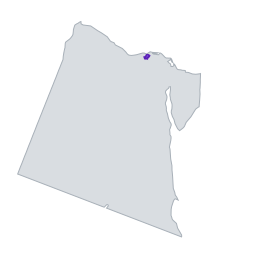 location of Abu Hummus, Al Buhayrah, Egypt, rotated 21°
{"feature_id": "37247803B15817250169024", "entity_name": "Abu Hummus", "entity_type": "district", "adm_level": 2, "iso_a3": "EGY", "parent_name": "Egypt", "parent_adm1": "Al Buhayrah", "projection": "robinson", "projection_center": [30.325, 31.106], "detail": "fine", "context": "in_parent", "style": "filled", "palette": "violet", "viewbox_px": 256, "rotation_deg": 21, "n_neighbors": 0, "source": "geoboundaries", "source_scale": "gbopen_adm2", "svg_char_len": 4190}
<svg xmlns="http://www.w3.org/2000/svg" viewBox="0 0 256 256"><g transform="rotate(21 128 128)"><path d="M217.0,210.5L212.1,210.5L207.3,210.5L202.5,210.5L197.6,210.5L192.8,210.5L187.9,210.5L183.1,210.5L178.2,210.5L173.4,210.5L168.6,210.5L163.7,210.5L158.9,210.5L154.0,210.5L149.2,210.5L144.3,210.5L139.5,210.5L136.7,210.5L137.2,208.9L137.5,207.9L137.2,207.1L136.2,206.9L135.6,207.2L134.2,210.4L133.4,210.5L131.7,210.5L126.1,210.5L120.4,210.5L114.8,210.5L109.1,210.5L103.5,210.5L97.9,210.5L92.2,210.5L86.6,210.5L80.9,210.5L75.3,210.5L69.7,210.5L64.0,210.5L58.4,210.5L52.7,210.5L47.1,210.5L41.5,210.5L41.5,206.6L41.5,202.8L41.6,199.0L41.6,195.1L41.6,191.3L41.7,187.5L41.7,183.6L41.7,179.8L41.8,176.0L41.8,172.1L41.8,168.3L41.9,164.4L41.9,160.6L41.9,156.8L42.0,152.9L42.0,149.1L42.1,145.3L42.1,141.4L42.2,137.6L42.2,133.8L42.3,129.9L42.3,126.1L42.4,122.3L42.4,118.4L42.5,114.6L42.5,110.8L42.6,106.9L42.6,103.1L42.6,99.3L42.7,95.4L42.7,91.6L42.8,87.8L42.7,87.0L41.9,84.4L41.2,81.1L40.5,77.0L40.4,75.7L39.1,71.5L39.0,70.3L39.4,69.5L41.6,66.0L42.3,64.3L42.9,62.2L43.1,60.5L42.5,58.0L41.8,55.7L41.6,53.3L41.5,51.0L42.6,49.4L44.0,47.9L44.5,47.0L45.3,46.0L45.9,45.5L46.9,47.6L49.2,47.9L56.6,46.1L64.7,48.0L69.1,48.7L76.0,50.3L80.2,53.1L81.4,53.4L84.4,53.4L86.4,55.0L94.2,55.8L98.5,57.7L100.8,59.1L102.3,59.6L103.5,59.5L105.3,59.0L107.4,57.9L109.8,56.5L114.7,52.8L116.4,52.2L117.5,52.3L118.9,52.3L119.5,51.3L120.2,50.6L120.6,49.8L121.4,48.9L123.9,48.6L129.0,47.0L128.4,47.8L123.8,49.6L125.8,49.8L127.8,49.2L130.1,48.8L130.5,48.0L130.8,46.6L131.3,46.4L132.9,46.7L137.6,48.9L138.8,48.9L142.2,47.7L142.9,47.5L144.0,48.1L146.5,50.9L145.6,50.8L142.9,48.5L142.7,49.6L141.2,51.7L143.1,52.6L144.6,52.9L145.5,54.1L146.0,55.1L147.5,54.7L148.6,53.3L148.0,52.5L147.6,51.7L148.1,51.7L149.2,52.3L152.2,55.0L153.2,55.5L154.4,55.4L156.8,54.7L157.5,54.8L160.8,53.8L161.2,54.5L161.8,55.3L164.4,54.5L168.6,54.5L171.9,53.6L175.9,51.5L176.2,51.2L176.4,51.7L176.9,53.1L178.1,56.8L179.2,59.6L180.5,63.6L181.0,65.1L181.2,66.2L183.1,70.5L184.2,74.1L185.1,77.0L186.3,81.2L186.8,82.7L186.0,83.5L184.4,86.2L182.7,95.0L180.3,101.8L180.1,106.1L179.7,107.7L178.5,109.8L177.1,112.0L174.6,110.9L170.4,107.1L167.9,103.6L165.3,101.3L162.9,98.2L162.2,96.1L162.2,94.7L161.1,91.2L160.3,89.6L157.3,86.0L156.4,84.0L155.8,83.2L155.1,81.9L154.0,77.2L152.8,74.2L151.5,75.1L151.7,76.3L150.6,78.1L149.9,80.1L150.4,81.7L152.9,84.3L153.4,85.4L153.9,87.7L153.9,91.0L154.3,92.1L156.1,94.5L156.8,95.9L157.2,97.2L157.8,98.3L159.6,100.4L162.2,104.4L164.7,107.1L166.5,108.4L167.3,109.7L167.5,113.0L167.4,114.6L169.0,117.7L169.5,119.2L171.1,120.4L171.8,121.9L172.4,124.2L173.5,131.0L174.8,132.7L179.0,141.7L182.5,147.4L184.2,151.6L186.8,156.8L191.9,168.1L194.9,171.6L196.1,173.6L198.3,175.1L200.6,177.3L198.4,177.1L197.8,177.2L197.1,177.6L196.7,178.9L196.6,180.0L196.9,185.8L197.5,188.7L199.5,194.2L201.0,195.9L201.7,197.0L202.7,197.8L207.4,199.7L210.2,203.7L216.4,208.7L217.0,210.1L217.0,210.5Z" fill="#d9dde1" stroke="#a8b0b8" stroke-width="1"/><path d="M119.0,57.4L119.3,57.3L119.4,57.2L119.5,57.0L119.8,57.0L119.8,56.9L120.0,56.8L120.0,56.7L120.3,56.6L120.5,56.6L120.8,56.6L120.7,56.5L120.7,56.4L120.8,56.3L120.9,56.2L121.0,56.2L121.1,55.9L121.3,55.8L121.4,55.7L121.5,55.6L121.5,55.4L121.4,55.3L121.4,55.2L121.3,54.9L121.5,54.9L121.4,54.9L121.3,54.7L121.2,54.7L121.3,54.6L121.5,54.6L121.7,54.8L121.8,54.8L121.9,54.7L121.8,54.4L122.0,54.1L121.9,53.9L121.7,53.8L121.7,53.7L121.8,53.6L122.1,53.4L122.5,53.1L123.0,53.1L122.9,53.1L122.7,53.0L122.5,52.9L122.4,52.8L122.3,52.7L122.2,52.7L122.1,52.8L121.9,52.9L121.7,52.8L121.5,52.7L121.4,52.5L121.0,52.6L120.9,52.6L120.8,52.4L120.4,52.6L120.2,52.6L119.8,52.6L119.7,52.6L119.6,52.8L119.6,52.7L119.4,52.7L119.3,52.8L119.2,52.9L119.1,53.0L119.0,53.3L119.0,53.9L119.1,54.0L119.1,54.3L119.1,54.5L118.9,54.8L119.0,54.8L119.0,55.0L118.9,54.9L118.9,55.0L118.9,54.9L118.9,55.0L118.7,55.0L118.5,55.3L118.5,55.5L118.5,55.4L118.4,55.4L118.4,55.5L118.2,55.5L118.3,55.5L118.2,55.7L118.2,55.8L117.9,55.9L117.7,56.0L117.8,56.1L118.0,56.3L118.1,56.5L118.1,56.4L118.1,56.5L118.3,56.6L118.4,56.8L118.5,56.9L118.6,57.0L118.8,57.2L118.8,57.3L119.0,57.4L119.0,57.4Z" fill="#8b5cf6" stroke="#5b21b6" stroke-width="1.5"/></g></svg>